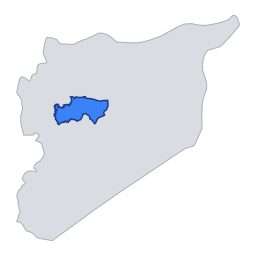 As-Salamiyeh, Hamah, Syria shown in context
{"feature_id": "27442178B43082534172912", "entity_name": "As-Salamiyeh", "entity_type": "district", "adm_level": 2, "iso_a3": "SYR", "parent_name": "Syria", "parent_adm1": "Hamah", "projection": "equal_earth", "projection_center": [37.215, 35.173], "detail": "fine", "context": "in_parent", "style": "filled", "palette": "blue", "viewbox_px": 256, "rotation_deg": 0, "n_neighbors": 0, "source": "geoboundaries", "source_scale": "gbopen_adm2", "svg_char_len": 5838}
<svg xmlns="http://www.w3.org/2000/svg" viewBox="0 0 256 256"><path d="M21.1,77.0L23.7,77.3L29.1,80.9L30.0,80.8L31.6,76.1L33.2,74.5L36.6,73.1L37.5,65.6L39.1,64.2L41.0,63.4L43.9,63.3L46.4,62.8L46.6,61.5L43.1,52.8L43.4,50.6L45.1,41.9L46.2,38.5L47.2,37.4L51.2,37.8L56.8,39.4L58.2,41.9L61.0,44.1L65.0,43.9L69.8,44.4L73.5,44.5L76.4,42.9L83.0,40.0L86.3,39.0L89.3,37.7L98.9,33.0L102.8,33.3L105.4,34.0L107.4,34.7L112.0,38.0L115.8,41.3L118.4,42.3L123.1,42.2L129.9,42.8L138.3,42.8L143.2,41.9L149.4,40.2L160.5,36.3L175.1,28.2L183.6,24.2L187.3,23.8L192.1,23.7L197.0,24.8L202.5,25.5L205.0,25.4L210.9,24.6L218.6,23.0L223.3,21.6L229.1,19.4L232.7,15.7L233.9,15.4L235.4,16.0L236.1,16.3L237.6,18.4L239.3,23.8L239.3,24.4L239.1,25.9L235.3,30.3L230.3,36.3L226.7,40.1L220.5,46.6L215.9,47.9L208.0,50.2L206.0,52.5L204.1,56.1L203.0,61.1L202.7,64.2L202.6,70.0L204.5,76.0L206.4,81.8L206.7,85.7L206.6,89.5L204.9,93.5L203.2,99.0L202.2,105.3L201.8,117.1L202.0,127.1L201.8,128.8L198.7,135.9L195.0,144.2L193.2,146.1L184.9,148.6L175.8,154.7L165.6,161.5L156.3,167.7L146.6,174.2L136.5,181.0L129.3,185.8L119.6,192.3L110.7,198.5L101.8,204.8L94.9,209.5L84.6,217.1L78.5,221.5L69.5,228.1L61.6,233.8L52.3,240.6L40.6,238.6L36.9,237.4L33.8,234.2L31.6,232.5L26.1,230.7L22.6,224.6L20.4,222.4L16.7,221.5L18.3,217.6L18.6,215.0L20.3,211.9L19.3,209.8L18.8,205.4L18.1,204.4L17.9,203.2L18.4,201.8L18.2,200.4L17.6,199.8L17.3,197.6L16.8,196.0L17.1,194.0L17.9,192.8L18.7,190.3L19.7,189.6L21.3,188.0L21.7,186.4L23.1,184.9L25.0,183.6L25.4,182.6L25.2,182.0L23.3,180.8L22.3,178.8L23.2,175.9L23.8,174.9L24.9,173.5L27.5,171.3L29.4,171.0L31.1,171.0L34.0,171.2L36.3,171.5L36.8,171.0L36.7,170.3L34.0,168.5L33.8,167.1L34.5,165.6L36.5,163.2L38.8,161.4L40.0,161.1L42.7,157.6L44.4,153.6L41.7,144.0L40.0,142.5L37.3,141.2L35.7,141.0L35.6,140.4L37.7,137.9L39.3,135.8L37.6,133.8L34.6,132.9L33.5,134.9L29.6,135.1L23.7,135.1L21.1,125.0L20.7,120.7L20.8,115.6L22.7,108.2L21.8,104.8L21.8,102.5L21.3,99.3L16.7,92.6L19.3,80.1L21.1,77.0Z" fill="#d9dde1" stroke="#a8b0b8" stroke-width="1"/><path d="M91.5,98.8L88.4,98.5L86.1,98.4L85.4,96.7L83.6,96.7L83.6,97.4L79.0,97.5L75.6,97.0L75.4,97.7L74.5,98.4L74.5,98.0L74.3,97.8L74.2,97.7L73.7,97.6L72.9,96.9L72.2,96.6L71.2,96.8L71.4,96.9L71.2,97.5L71.1,97.9L71.0,98.0L71.2,98.9L71.5,99.3L71.7,99.5L71.7,100.3L71.7,101.3L71.2,101.6L71.0,102.3L70.9,102.5L71.0,102.8L70.8,102.9L70.6,103.7L70.3,103.2L69.6,104.4L69.3,104.6L69.3,105.5L69.1,105.5L68.8,105.2L68.8,104.9L68.7,104.7L68.3,104.8L68.0,104.5L67.9,104.5L67.6,104.5L67.3,104.8L67.2,104.8L67.1,105.0L66.9,104.9L66.8,104.7L66.5,104.6L66.4,104.6L66.1,104.8L65.9,104.8L65.6,104.9L65.4,105.0L65.1,104.7L64.9,104.6L64.4,104.9L64.5,105.0L64.4,105.0L64.2,105.1L63.6,105.1L63.8,105.8L63.9,106.2L64.0,106.4L64.0,106.5L64.3,106.8L63.9,107.0L63.6,107.0L63.4,106.9L63.0,106.8L62.9,106.9L62.7,107.0L62.8,107.2L62.8,107.3L62.8,107.7L62.8,107.9L62.7,108.1L62.3,108.0L62.1,108.0L61.5,107.7L61.3,107.7L61.2,107.7L60.7,107.3L60.6,107.2L60.3,107.2L60.1,107.1L60.0,107.4L59.9,107.4L59.3,107.5L59.3,107.3L59.2,107.3L58.4,107.4L58.5,107.3L58.4,107.0L58.5,107.0L58.5,106.9L58.6,106.7L58.8,106.7L58.9,106.4L58.7,105.6L58.4,104.8L58.1,104.9L57.9,104.7L57.8,104.2L57.7,104.2L57.2,104.3L56.3,104.4L56.4,104.6L56.6,104.6L56.6,104.8L56.7,105.0L56.0,105.0L55.0,105.1L55.0,105.4L54.9,105.5L55.0,105.8L54.8,105.8L54.7,105.9L54.8,105.9L54.7,106.0L54.8,106.4L54.9,106.6L54.8,106.9L54.8,107.0L54.9,107.7L55.1,107.7L55.1,107.8L54.9,108.1L54.8,108.3L54.9,108.7L54.9,108.8L55.2,108.8L55.4,108.8L55.4,109.2L55.4,109.3L55.4,109.7L55.4,109.8L55.5,109.9L55.8,109.8L56.0,109.8L56.1,110.0L56.2,109.9L56.3,109.9L56.5,109.9L56.6,110.0L56.7,109.9L56.9,109.9L56.9,110.1L56.9,110.3L55.9,110.3L55.7,110.3L55.4,110.5L55.4,110.8L55.2,110.9L55.0,111.1L55.1,111.3L55.1,111.6L55.1,111.8L55.3,111.9L55.5,111.8L55.5,111.7L55.6,111.8L55.7,111.7L55.9,111.8L55.9,112.0L55.8,112.4L55.7,112.5L55.7,112.8L55.5,113.0L55.6,113.3L55.8,113.8L55.7,114.0L55.4,113.8L54.9,113.7L54.4,113.7L54.3,113.8L54.4,114.0L54.4,114.5L54.6,114.5L54.7,114.8L54.8,114.8L54.9,115.1L54.5,115.2L54.4,115.2L54.4,115.4L54.4,115.5L54.5,115.7L54.5,115.8L54.4,115.9L54.5,116.0L54.8,116.0L55.0,116.3L55.3,116.8L55.5,117.0L55.3,117.1L55.4,117.3L55.5,117.5L55.5,117.8L55.6,118.0L55.4,118.1L55.4,118.3L55.5,118.5L55.6,118.8L55.6,119.0L55.5,119.3L55.8,119.6L56.0,119.8L56.1,120.0L56.6,120.6L56.7,121.0L57.2,121.6L57.4,121.6L57.6,121.6L57.8,122.3L57.6,123.6L58.2,124.0L58.4,124.3L58.5,124.5L59.1,124.4L59.7,123.9L60.6,123.1L61.4,122.6L61.7,122.4L62.1,122.4L62.4,122.5L62.5,122.3L63.1,122.0L63.4,122.0L63.7,122.0L63.8,122.4L64.0,122.5L64.5,121.9L64.6,121.5L64.7,121.4L64.8,121.4L65.0,121.2L65.7,121.4L66.0,121.2L66.2,121.3L66.3,121.4L66.4,121.5L66.5,121.7L66.6,122.2L66.7,122.3L67.4,121.9L67.8,122.0L68.3,122.2L68.4,121.9L68.4,121.6L68.6,121.2L69.1,121.0L69.0,120.9L69.0,120.6L69.0,120.4L69.2,120.2L69.4,120.2L69.8,120.2L70.1,119.6L70.3,119.5L70.7,119.4L70.8,119.3L71.7,119.5L71.8,119.3L71.8,119.2L71.9,119.3L72.0,119.3L72.4,119.5L72.5,119.5L72.8,119.4L73.0,119.4L73.4,119.5L73.7,119.5L74.6,119.5L74.8,119.6L75.3,119.7L75.4,119.8L75.5,119.9L75.6,120.0L75.6,120.4L75.9,120.4L76.3,120.4L77.2,121.2L78.6,120.4L80.5,119.7L82.1,117.0L82.6,115.6L82.9,114.2L84.3,113.9L84.8,113.8L85.5,113.7L86.2,113.6L86.4,113.8L86.6,114.2L87.2,114.7L87.8,115.1L88.2,115.3L88.9,115.6L89.4,116.4L89.5,116.6L89.6,117.4L89.7,118.2L89.9,118.9L90.1,118.9L91.2,119.5L91.9,120.2L92.7,121.0L93.2,121.5L94.3,123.3L94.7,123.7L95.1,123.4L95.8,122.5L96.2,121.8L96.4,121.1L97.3,119.1L98.2,118.1L98.8,117.7L101.3,116.6L101.9,116.4L103.6,115.7L104.0,115.5L104.1,115.4L104.4,115.1L104.6,114.7L104.3,114.3L103.9,113.8L103.7,112.8L104.0,112.0L104.3,111.3L104.7,111.0L105.3,110.6L105.6,110.4L106.3,109.8L107.2,108.1L107.5,107.3L108.0,105.1L107.7,100.4L103.5,100.5L100.4,101.1L98.7,101.0L94.3,99.5L91.5,98.8Z" fill="#3b82f6" stroke="#1e3a8a" stroke-width="1.5"/></svg>